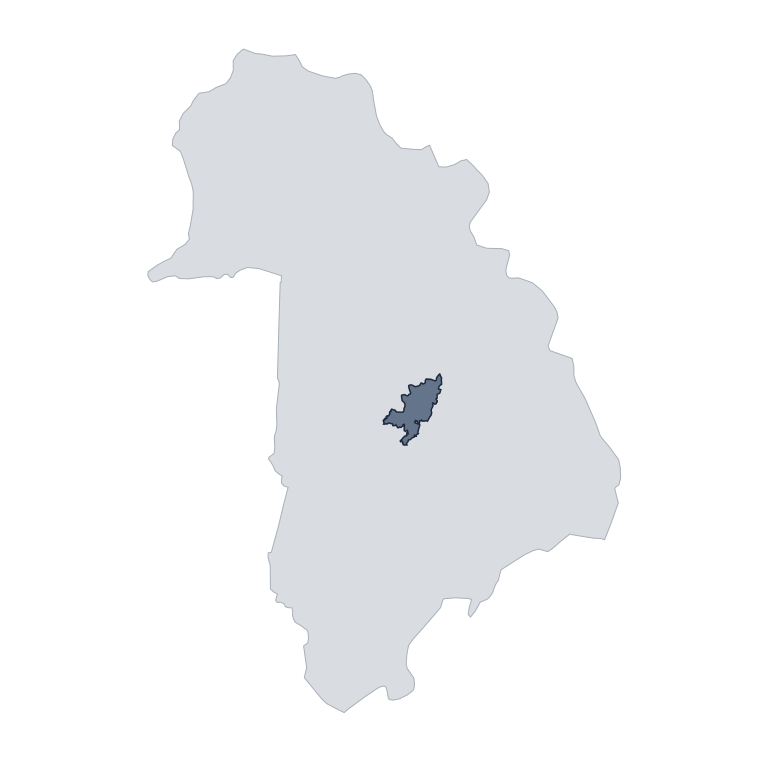 Oubritenga, Oubritenga, Burkina Faso shown in context, rotated 92°
{"feature_id": "67063806B42476727458569", "entity_name": "Oubritenga", "entity_type": "district", "adm_level": 2, "iso_a3": "BFA", "parent_name": "Burkina Faso", "parent_adm1": "Oubritenga", "projection": "albers", "projection_center": [-1.222, 12.597], "detail": "fine", "context": "in_parent", "style": "filled", "palette": "slate", "viewbox_px": 768, "rotation_deg": 92, "n_neighbors": 0, "source": "geoboundaries", "source_scale": "gbopen_adm2", "svg_char_len": 8952}
<svg xmlns="http://www.w3.org/2000/svg" viewBox="0 0 768 768"><g transform="rotate(92 384 384)"><path d="M590.7,490.4L569.2,491.4L561.4,493.8L556.7,493.8L556.5,491.9L556.0,490.7L528.8,484.3L509.8,480.5L490.6,476.2L489.5,480.3L486.7,482.9L482.6,483.1L479.7,482.5L477.8,485.6L474.6,489.8L470.1,491.8L465.8,494.4L463.3,496.6L461.5,496.7L457.1,491.4L451.3,490.9L440.3,491.8L435.4,490.3L428.7,489.6L412.8,490.7L387.5,488.6L383.3,489.7L382.2,490.7L357.1,490.9L329.5,491.1L306.4,491.2L286.1,491.3L286.1,490.4L279.6,490.2L278.9,492.0L273.0,513.1L272.3,524.6L275.3,531.8L278.7,536.4L282.6,538.3L282.9,540.9L279.8,544.1L280.1,547.6L283.7,551.1L284.5,554.8L282.7,558.6L283.1,567.9L285.7,582.6L285.7,592.2L283.1,596.5L284.3,604.0L289.2,614.5L290.1,619.0L288.3,621.0L284.1,623.8L279.9,623.6L275.1,617.2L272.9,614.4L269.0,607.9L265.7,601.4L261.1,598.5L256.7,595.8L251.3,587.5L246.1,583.6L240.5,584.7L232.5,583.1L216.2,580.9L198.6,581.3L191.3,583.1L184.1,586.1L165.8,592.5L158.6,595.6L153.0,603.9L146.8,603.6L140.6,600.9L136.8,597.1L128.5,597.8L120.5,594.0L112.8,586.8L107.1,584.3L99.9,579.0L98.0,569.1L93.5,562.1L89.4,552.5L83.2,548.0L75.9,545.6L65.9,546.0L59.4,542.0L54.2,536.3L55.7,531.4L58.2,524.5L58.5,517.8L60.3,507.0L59.5,493.5L57.9,484.0L63.4,480.2L69.9,476.7L74.0,470.4L78.3,456.0L80.2,443.6L79.0,439.0L77.0,435.3L75.4,429.9L74.5,423.3L75.8,417.6L80.7,412.4L86.8,408.0L91.1,406.0L102.5,403.9L116.7,400.8L125.0,397.2L131.0,393.6L134.4,390.6L137.9,384.6L143.4,380.0L147.7,375.3L148.5,362.1L148.5,354.6L145.4,350.4L143.8,346.8L164.9,336.8L165.1,329.5L162.3,321.3L158.2,314.7L156.8,309.1L162.7,302.5L167.9,297.5L171.7,293.3L180.0,287.0L188.6,285.4L196.3,287.9L219.1,303.3L223.1,304.3L227.9,303.2L233.9,299.3L241.8,296.2L244.8,286.0L244.6,271.0L246.5,264.1L250.6,262.9L263.8,265.9L267.2,266.1L271.0,265.2L273.8,262.5L273.7,257.7L273.2,253.4L277.5,239.5L285.4,229.1L301.3,216.2L306.3,213.6L312.0,212.3L340.3,221.4L344.9,219.2L351.9,196.9L359.6,194.9L368.8,194.5L374.8,192.6L377.9,191.0L391.4,182.6L415.1,171.2L427.9,166.2L430.4,164.4L439.5,156.2L451.6,146.8L459.3,145.0L470.0,144.2L476.7,145.8L478.5,148.4L480.7,149.8L494.6,145.7L514.6,152.0L531.9,158.1L530.8,162.1L530.8,169.0L529.4,180.1L527.7,193.3L534.9,201.8L543.5,211.0L545.8,214.5L543.6,223.6L545.2,228.9L549.8,237.7L557.5,248.9L565.5,260.4L571.0,261.9L576.2,262.8L579.4,264.9L584.1,266.8L588.7,268.1L592.7,270.6L595.3,273.1L598.7,280.2L607.6,284.8L613.9,289.4L611.4,291.8L603.6,290.9L596.3,288.9L595.4,292.4L595.2,305.5L596.5,316.4L598.2,317.8L605.5,319.7L623.2,333.8L639.2,347.0L644.6,350.4L653.4,351.7L663.3,352.1L667.5,350.8L676.9,343.9L682.0,343.1L686.7,343.3L689.2,344.3L693.9,349.8L698.3,358.0L699.6,364.1L699.2,367.5L697.8,368.7L690.0,370.4L686.6,371.7L685.8,373.5L687.0,377.6L688.6,380.3L697.3,392.2L709.9,408.2L713.8,412.3L711.7,417.1L705.5,429.9L700.9,435.2L680.3,453.4L670.0,451.4L648.6,455.2L645.4,451.1L640.4,450.6L634.2,451.4L631.9,453.0L631.3,454.8L629.1,457.3L625.2,464.4L622.1,466.2L618.3,467.4L613.7,467.3L610.9,468.2L610.9,471.7L610.1,474.8L607.0,476.4L605.7,479.8L606.0,483.2L604.1,484.7L600.1,483.9L597.7,483.0L595.5,487.4L592.7,490.4L590.7,490.4Z" fill="#d9dde1" stroke="#a8b0b8" stroke-width="1"/><path d="M424.1,383.0L424.2,382.4L424.1,382.2L423.9,381.8L423.8,381.5L423.8,381.0L423.9,380.9L423.8,380.7L423.7,380.2L423.9,379.8L423.8,379.5L423.8,379.2L423.5,379.0L423.4,378.7L422.8,378.0L422.7,377.7L422.9,376.9L423.1,376.6L423.2,376.4L423.4,375.3L423.4,375.1L423.3,374.8L423.4,374.5L423.4,374.3L423.7,374.1L424.4,374.0L424.7,373.8L425.2,373.8L425.4,373.3L425.3,372.8L425.1,372.4L425.1,372.2L425.2,371.8L425.2,371.6L424.9,371.1L424.4,370.7L425.3,370.2L426.3,369.2L427.0,369.0L427.2,368.8L427.3,368.3L426.7,367.0L426.5,366.8L426.7,366.5L426.8,365.9L426.8,365.6L426.7,365.3L425.9,364.8L425.7,364.2L425.3,363.8L424.6,363.7L424.2,363.6L423.8,363.4L423.5,362.8L423.6,362.6L423.9,362.3L424.2,362.2L424.4,362.1L424.9,362.2L425.7,362.4L425.9,362.3L426.8,362.3L428.7,362.2L429.1,362.3L429.5,362.2L429.9,362.0L430.2,361.7L430.4,361.3L430.4,360.9L430.4,360.6L430.1,360.0L429.4,359.3L429.4,359.1L429.6,358.9L432.1,358.3L432.1,359.4L432.3,359.3L432.4,359.2L432.5,358.9L432.9,358.9L433.1,358.7L433.1,359.5L433.3,359.6L433.6,359.7L434.3,359.6L434.7,359.4L435.1,359.8L435.2,360.0L435.2,360.9L435.3,361.4L436.3,362.3L436.7,362.6L437.4,363.3L438.0,363.7L438.2,363.8L439.5,365.0L440.1,365.6L440.4,365.8L440.8,365.6L441.0,365.4L440.7,365.2L440.5,364.7L440.4,364.2L440.7,363.9L441.0,363.4L441.3,363.4L441.8,363.6L442.2,363.6L442.3,363.5L442.5,363.2L442.7,362.7L443.7,362.8L444.0,362.7L444.2,362.1L444.2,360.9L444.2,360.4L444.2,359.5L444.1,358.9L443.1,359.5L442.8,359.5L442.6,359.4L442.0,358.9L441.6,358.7L440.8,358.0L440.6,357.9L439.5,357.8L439.3,357.7L439.1,357.5L438.9,357.2L438.9,356.4L438.8,356.2L438.7,356.0L438.5,355.6L438.2,355.4L437.9,355.0L437.3,354.4L436.8,353.9L436.5,353.6L436.1,352.1L435.8,351.9L435.5,351.9L435.1,352.0L434.2,351.7L434.9,351.1L435.1,350.9L435.2,350.5L435.1,349.9L434.5,349.9L434.0,350.1L433.9,350.0L432.9,349.0L432.7,348.5L432.6,348.2L432.4,347.9L432.1,348.2L432.1,348.3L431.5,348.4L430.7,348.4L429.7,348.1L428.8,348.1L428.4,348.0L427.9,347.8L426.1,347.4L424.3,346.9L423.6,346.8L423.3,346.9L423.0,347.0L422.9,347.2L422.9,348.4L422.6,349.0L422.2,349.4L422.2,350.0L422.3,350.3L422.3,350.5L422.0,351.1L421.7,351.5L421.5,351.8L421.1,352.1L420.8,352.0L420.8,351.9L420.5,351.6L420.3,351.6L420.2,351.4L419.9,351.3L420.1,351.2L420.1,350.9L419.7,350.8L419.5,350.4L419.7,349.9L419.9,349.6L420.5,349.4L421.1,349.0L421.5,348.7L421.8,348.4L422.0,347.6L421.7,347.2L421.0,347.1L419.9,347.3L419.5,347.2L419.4,347.0L419.4,346.1L419.1,345.9L418.7,345.3L419.1,345.0L419.6,344.9L419.8,344.5L419.7,344.4L419.7,344.1L419.6,343.8L419.6,343.6L419.7,343.4L419.7,342.9L419.7,342.5L419.7,342.2L419.3,341.5L419.2,340.9L419.4,340.3L419.4,340.0L419.4,339.5L419.4,339.3L419.5,339.2L419.1,339.0L417.9,338.4L416.6,337.7L415.2,337.0L414.2,336.3L413.1,335.7L412.4,335.5L411.1,335.4L410.4,335.5L409.3,335.8L408.3,335.9L407.9,335.9L406.5,335.3L405.9,335.0L404.6,334.4L404.3,334.3L403.9,334.3L402.6,334.8L401.9,334.7L401.6,334.5L401.3,334.6L401.3,334.0L401.4,333.9L401.5,333.6L401.8,333.4L402.2,333.2L402.4,332.8L402.3,331.9L402.1,331.6L401.7,331.1L401.2,331.0L400.8,330.7L400.5,330.9L400.3,330.8L400.2,330.5L400.1,330.4L399.8,330.2L399.2,330.2L398.8,330.3L398.8,330.5L398.5,330.6L397.5,331.4L397.2,331.5L396.9,331.4L396.6,330.9L396.2,330.4L394.0,330.6L393.7,330.5L392.4,330.5L392.2,330.3L391.8,329.1L391.5,328.6L391.3,328.2L391.0,327.9L390.1,327.6L388.4,327.3L387.7,327.0L387.2,328.6L387.3,328.9L387.2,329.2L387.2,329.3L386.9,329.4L384.5,328.9L384.1,328.7L382.5,326.7L382.0,326.3L381.3,326.6L381.0,326.6L379.6,326.6L377.7,326.9L377.0,326.9L376.4,326.7L376.1,326.6L374.0,327.8L373.3,328.1L372.5,328.3L372.1,328.7L372.9,329.6L373.4,329.9L373.7,330.2L374.7,330.8L375.1,331.2L375.9,331.6L376.3,331.7L377.3,331.7L377.8,331.8L378.3,332.0L379.0,332.4L379.1,332.7L379.1,333.0L379.0,333.3L378.4,335.3L378.0,336.2L377.7,337.3L377.6,338.2L377.5,338.3L377.6,338.7L377.8,339.2L377.7,339.4L377.8,339.5L377.8,339.9L377.7,340.2L377.8,340.2L377.6,340.7L377.5,341.9L377.8,342.2L378.7,342.7L380.9,342.9L381.4,343.0L381.8,343.3L382.3,344.0L382.6,344.8L382.7,345.1L382.1,345.4L381.9,346.4L381.8,346.5L381.7,346.8L382.1,347.4L382.5,347.4L382.9,347.6L383.1,347.7L383.7,347.8L383.8,348.1L383.9,348.4L384.4,348.9L384.7,349.3L384.9,349.8L385.2,350.6L385.2,351.3L385.6,352.7L385.6,352.9L384.7,354.5L384.2,355.7L384.0,356.7L384.0,357.3L384.1,358.0L384.3,358.5L384.6,359.1L385.1,359.2L385.7,359.3L386.0,359.2L389.6,358.1L391.7,357.1L392.8,357.3L392.9,357.5L393.2,357.7L393.3,358.2L393.5,358.6L393.7,358.8L394.6,359.4L394.9,359.7L395.0,360.0L395.0,360.4L394.6,361.3L394.0,362.9L393.9,363.1L393.9,363.4L394.4,365.5L394.6,365.8L394.8,366.1L397.0,365.9L398.3,365.6L399.9,365.3L400.2,365.1L401.4,363.6L401.9,363.1L402.7,362.6L403.4,362.4L404.8,362.3L405.9,362.3L406.7,362.7L407.5,363.1L408.0,363.2L409.6,363.1L410.0,363.2L410.7,363.5L411.1,363.8L411.4,364.2L411.6,365.0L411.6,365.6L411.6,366.8L411.6,368.5L411.6,369.4L411.3,370.7L411.2,370.9L410.9,371.2L410.6,371.4L410.1,371.6L409.7,372.1L409.6,372.6L409.6,373.2L409.6,373.7L409.5,373.8L409.1,374.5L409.0,374.9L408.9,375.5L409.2,375.6L409.5,375.7L409.8,376.0L410.0,376.3L410.4,376.4L410.6,376.3L410.8,376.1L411.1,376.0L411.3,376.5L411.3,376.8L411.7,377.3L412.2,377.3L412.6,377.5L412.8,377.5L413.3,377.1L413.5,377.0L413.9,377.2L414.3,377.6L414.7,377.7L414.9,377.9L415.1,377.9L415.5,378.4L415.7,378.5L415.8,378.6L415.6,378.8L415.8,379.2L415.9,379.3L415.7,379.8L416.1,380.3L416.5,380.7L417.0,380.6L417.2,380.1L417.7,379.7L417.9,379.7L418.1,380.0L418.2,380.7L418.3,380.8L418.8,380.9L418.9,381.0L418.9,381.3L418.7,381.5L418.4,381.8L418.8,382.2L419.0,382.3L419.2,382.2L419.3,382.0L419.7,381.9L420.0,382.0L420.0,383.2L420.2,383.4L420.5,383.5L420.9,383.4L422.0,382.8L422.3,382.9L422.7,382.6L422.9,382.7L423.2,382.6L423.6,382.7L424.1,383.0Z" fill="#64748b" stroke="#1e293b" stroke-width="1.5"/></g></svg>